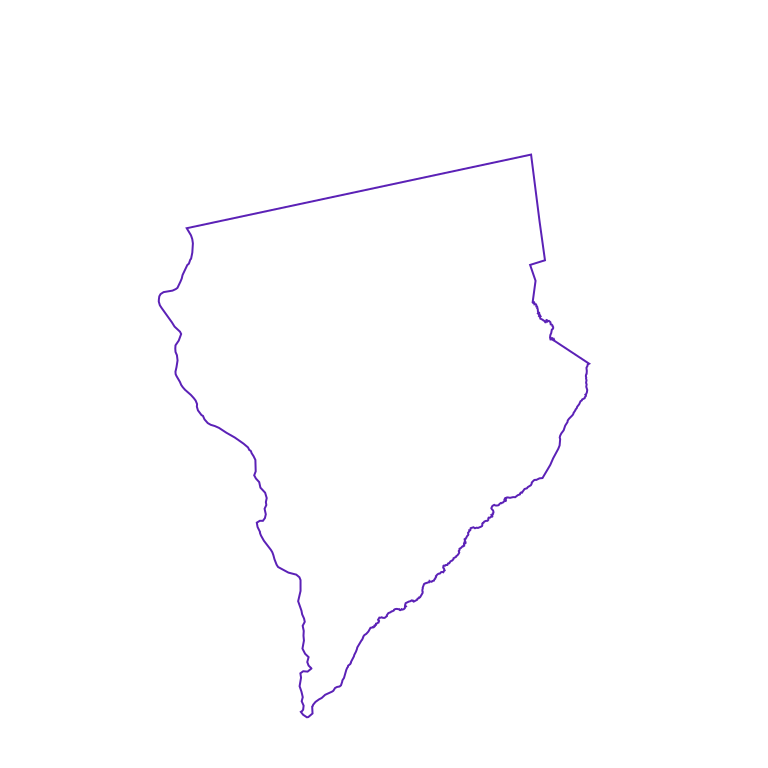 Nkeyema, Western, Zambia, rotated 147°
{"feature_id": "96606910B42234900410364", "entity_name": "Nkeyema", "entity_type": "district", "adm_level": 2, "iso_a3": "ZMB", "parent_name": "Zambia", "parent_adm1": "Western", "projection": "natural_earth1", "projection_center": [25.215, -14.864], "detail": "fine", "context": "isolated", "style": "outline", "palette": "violet", "viewbox_px": 768, "rotation_deg": 147, "n_neighbors": 0, "source": "geoboundaries", "source_scale": "gbopen_adm2", "svg_char_len": 6154}
<svg xmlns="http://www.w3.org/2000/svg" viewBox="0 0 768 768"><g transform="rotate(147 384 384)"><path d="M164.9,435.8L135.7,496.3L464.6,622.1L464.9,613.8L465.9,609.9L467.7,606.0L473.2,598.6L477.6,594.1L478.6,593.9L482.1,591.2L484.2,590.9L493.6,585.1L496.2,582.6L499.0,580.7L504.9,577.1L506.9,577.0L510.5,577.5L518.8,581.1L522.4,581.1L524.7,579.9L526.7,577.6L528.0,575.8L529.1,572.1L529.1,569.0L528.3,551.2L528.4,546.2L526.6,539.0L526.9,536.4L532.5,532.2L537.8,530.0L539.8,527.3L541.4,524.4L542.0,520.9L544.3,516.2L548.9,511.1L552.2,507.9L553.4,505.7L553.7,503.6L554.0,497.0L554.6,493.6L554.5,490.7L554.0,487.4L551.9,480.0L551.2,475.6L551.0,472.7L551.7,469.0L553.3,466.9L554.4,463.2L554.0,457.3L553.2,455.9L553.8,452.1L553.1,447.2L551.5,444.1L548.8,440.9L546.3,437.1L542.7,428.9L538.3,420.4L534.3,410.5L532.6,404.9L532.9,401.9L532.3,400.9L532.2,400.1L532.7,398.0L532.7,394.6L533.2,390.4L539.2,380.6L542.6,378.1L542.9,374.5L542.1,369.7L544.1,364.4L542.9,357.6L544.5,352.2L547.4,349.3L548.6,346.6L552.1,344.4L554.1,339.1L556.9,336.4L560.1,335.2L562.6,336.9L566.2,337.0L567.9,333.0L568.6,327.3L569.1,326.8L569.7,324.0L570.1,318.0L569.2,306.5L569.3,303.7L570.0,300.7L571.3,296.7L572.5,290.9L572.5,288.2L566.9,277.9L561.4,271.9L560.2,268.0L560.8,265.0L566.7,255.9L574.3,248.6L576.7,238.8L578.1,235.4L578.8,230.8L580.0,227.7L583.9,225.5L585.8,220.6L588.6,216.8L590.9,212.4L596.5,206.5L597.1,200.7L596.0,196.0L599.8,192.6L600.6,188.9L599.8,185.4L599.9,184.9L604.7,184.4L608.2,187.1L611.7,186.9L613.5,182.9L619.4,176.5L620.8,170.9L622.7,165.6L625.8,162.8L626.6,158.0L629.2,154.9L630.9,154.3L632.3,154.3L632.0,150.7L630.2,146.5L628.9,145.9L623.4,146.6L619.9,152.6L619.4,152.6L618.1,153.6L614.6,154.7L610.2,154.9L607.3,154.6L602.6,155.4L595.2,154.3L593.6,154.3L590.6,155.7L588.4,155.5L586.0,154.5L584.2,154.7L581.2,157.1L580.3,158.1L577.6,159.3L571.3,164.8L569.3,166.1L568.3,166.4L567.5,167.3L564.8,167.5L564.1,168.1L563.5,168.2L563.0,168.9L557.5,172.0L556.6,172.9L553.3,174.8L551.0,176.5L549.9,177.6L542.2,181.4L541.6,181.4L540.0,182.6L539.7,182.6L539.4,183.0L538.8,183.5L537.2,184.1L534.9,184.1L531.9,184.9L528.1,186.9L526.8,186.2L526.0,186.4L525.3,185.6L523.8,185.8L523.8,186.5L523.4,186.7L522.1,186.3L521.3,187.3L520.7,187.0L519.1,187.2L518.6,186.9L517.2,187.9L517.1,188.7L517.4,189.0L517.4,189.5L515.1,190.6L514.1,189.8L513.0,189.6L512.3,188.5L510.8,187.5L507.9,187.8L507.6,188.5L505.1,189.5L502.8,189.0L501.6,189.2L500.6,188.8L499.1,188.7L498.5,189.2L497.2,189.1L495.7,188.4L494.5,187.2L493.9,186.9L493.9,185.9L493.6,185.5L492.7,185.3L491.9,185.6L491.3,184.7L490.1,184.4L488.7,184.6L487.5,186.1L487.1,185.5L486.7,185.5L486.8,186.6L486.5,187.3L485.2,188.4L481.7,188.0L480.3,187.5L478.8,187.5L478.5,186.9L477.8,186.8L477.6,186.5L477.8,185.7L477.6,185.3L473.7,185.0L472.8,185.7L471.4,185.4L470.8,185.9L469.9,185.5L465.5,187.7L464.7,188.7L464.6,189.5L463.7,190.7L462.9,191.3L462.6,192.0L459.4,194.4L457.9,194.4L457.6,194.1L456.9,194.1L455.6,193.6L454.7,193.6L454.2,193.2L453.3,193.9L453.2,193.3L452.4,192.9L452.1,192.4L451.2,192.2L450.7,192.4L449.2,191.9L448.3,192.6L447.4,192.9L447.1,192.8L446.2,193.6L445.6,193.7L445.2,194.0L445.1,194.6L442.9,195.2L441.6,195.2L440.5,194.6L438.4,195.1L437.4,194.5L436.8,193.8L435.7,194.5L434.7,194.6L434.7,195.4L434.4,195.7L434.2,196.8L434.4,197.7L433.2,199.1L432.6,199.1L431.9,198.4L431.0,198.6L429.6,197.8L429.2,197.8L428.3,198.5L427.7,198.6L426.9,198.1L425.0,199.0L423.7,199.0L423.1,198.8L421.3,199.2L420.6,200.0L417.8,199.8L417.1,200.3L415.8,200.3L413.6,201.1L412.6,201.8L412.3,203.2L411.0,203.7L410.4,204.7L408.7,204.6L406.6,205.1L406.2,204.8L405.6,205.0L405.5,204.7L404.8,204.7L403.9,206.6L403.2,207.1L403.4,206.2L402.4,206.1L401.8,206.8L401.2,209.5L400.9,209.9L400.2,209.6L399.9,210.0L398.9,210.1L397.4,211.1L395.7,211.5L395.2,211.9L394.6,213.4L393.0,213.9L392.2,214.8L391.9,214.4L391.3,214.4L389.8,215.9L387.0,215.1L386.3,213.5L384.5,213.0L383.6,212.1L380.4,211.5L379.1,211.5L378.3,212.2L377.7,213.3L377.2,213.5L376.8,213.7L376.2,213.4L374.9,214.0L373.1,213.7L371.7,212.9L370.6,213.2L369.7,214.5L369.0,214.9L368.1,214.2L366.0,214.4L365.7,213.9L365.3,213.9L364.9,214.6L365.1,215.5L364.4,215.3L363.4,215.6L363.3,216.3L362.4,216.4L361.9,217.0L361.4,218.5L361.7,220.1L361.7,221.2L361.1,221.8L359.4,222.7L357.4,222.6L357.0,221.8L356.2,221.0L354.5,220.1L353.6,220.0L352.7,220.4L350.9,220.6L350.4,220.0L349.6,220.1L348.4,219.8L346.7,220.4L345.7,219.6L345.0,220.1L345.0,220.4L345.9,221.0L346.0,221.4L344.8,222.2L344.2,222.3L343.5,221.6L342.8,221.9L342.0,221.5L340.3,219.9L337.3,218.8L335.6,217.6L332.4,217.9L330.1,217.4L329.5,218.1L328.3,218.4L327.9,218.3L327.6,217.7L327.2,217.7L326.4,218.3L325.8,218.4L323.3,219.4L321.0,218.7L319.5,219.2L316.0,219.1L314.4,220.0L313.7,220.9L310.6,221.6L309.6,221.4L308.5,220.6L305.0,220.2L302.3,218.8L288.6,225.6L282.7,229.5L273.2,234.7L270.2,236.8L266.3,241.8L265.8,243.4L264.4,244.7L262.2,246.0L258.6,247.3L254.7,250.4L250.9,252.1L249.8,253.3L247.8,254.1L242.8,255.2L241.2,256.0L240.8,256.5L237.9,257.7L237.2,258.3L235.6,258.7L234.4,259.7L231.4,260.7L228.6,262.5L227.0,262.5L226.3,263.1L223.5,262.8L222.8,263.5L221.4,263.9L221.0,264.2L220.9,265.4L220.0,265.4L218.4,266.5L216.8,268.3L215.9,271.5L214.3,273.3L213.9,274.9L212.1,276.9L211.6,278.5L210.8,279.4L210.7,280.1L210.1,281.1L209.0,282.1L208.6,282.1L206.8,284.5L205.5,287.1L205.2,287.5L203.9,288.1L202.5,289.4L200.9,289.3L217.5,327.3L217.2,328.7L218.1,328.4L218.5,329.3L217.7,330.5L218.1,331.1L218.9,331.1L219.8,330.5L220.1,330.7L219.4,332.6L217.8,334.5L216.1,335.6L213.6,338.2L212.6,338.2L211.6,338.8L211.1,339.7L211.2,340.8L210.8,341.3L211.0,342.5L211.7,343.2L210.8,345.2L211.3,347.1L211.9,347.4L212.8,347.4L212.5,348.6L212.9,349.1L214.8,347.7L215.1,347.9L215.1,349.5L215.8,350.7L215.9,351.4L217.3,353.7L216.7,355.1L217.0,356.4L216.5,356.5L215.8,356.0L215.7,357.5L216.4,357.4L216.2,358.1L216.4,359.0L215.8,358.9L215.8,358.5L215.2,358.9L215.1,359.2L215.8,359.5L215.7,360.4L214.2,363.2L214.3,364.1L213.6,364.8L213.5,365.4L213.5,365.7L214.0,366.1L213.3,367.1L213.2,368.1L214.3,368.8L213.8,369.3L213.7,370.7L214.7,370.6L214.9,371.5L200.7,388.0L196.6,404.3L181.6,400.1L164.9,435.8Z" fill="none" stroke="#5b21b6" stroke-width="2"/></g></svg>